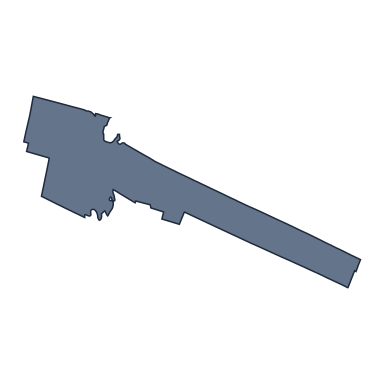 Balaciu, Ialomita, Romania, rotated 89°
{"feature_id": "2599482B99683326218446", "entity_name": "Balaciu", "entity_type": "district", "adm_level": 2, "iso_a3": "ROU", "parent_name": "Romania", "parent_adm1": "Ialomita", "projection": "robinson", "projection_center": [26.903, 44.669], "detail": "fine", "context": "isolated", "style": "filled", "palette": "slate", "viewbox_px": 384, "rotation_deg": 89, "n_neighbors": 0, "source": "geoboundaries", "source_scale": "gbopen_adm2", "svg_char_len": 5447}
<svg xmlns="http://www.w3.org/2000/svg" viewBox="0 0 384 384"><g transform="rotate(89 192 192)"><path d="M112.6,352.9L129.4,357.1L129.8,357.2L138.9,359.3L140.3,354.6L148.2,356.6L148.6,356.7L155.5,334.3L155.6,334.2L157.8,334.6L165.1,336.2L172.8,337.9L179.8,339.5L181.3,339.8L193.7,342.6L195.2,339.6L196.8,336.6L201.8,327.0L206.8,317.3L207.1,316.6L207.2,316.4L207.3,316.1L207.5,315.9L209.0,312.9L210.5,310.0L210.6,309.8L212.6,305.7L214.8,301.4L215.1,300.8L215.6,299.7L214.7,299.7L213.8,299.8L212.9,299.4L212.8,299.2L212.7,299.0L212.8,298.7L213.0,298.3L213.2,297.9L213.4,297.5L213.4,297.4L213.5,297.2L213.9,296.3L214.2,295.5L214.2,294.9L214.1,294.2L213.6,293.7L213.0,293.5L212.7,293.5L212.4,293.6L211.7,293.5L210.9,293.7L209.6,293.7L208.5,293.3L207.8,292.4L207.6,291.6L207.6,290.8L207.8,290.1L208.3,289.5L209.0,288.9L209.3,288.6L209.5,288.4L210.2,288.0L210.9,287.6L212.8,287.0L213.5,286.8L214.1,286.8L214.8,286.7L215.4,286.7L215.7,286.6L216.0,286.6L216.3,286.5L216.5,286.4L216.9,286.2L217.2,286.1L217.5,285.9L217.9,285.8L218.1,285.7L218.5,285.3L218.6,284.9L218.4,284.4L218.2,284.2L217.7,283.7L217.1,283.4L216.4,283.1L215.6,282.9L215.2,282.8L214.9,282.8L213.2,282.8L212.2,282.9L209.4,279.7L209.4,279.4L212.9,277.8L213.7,277.3L214.4,276.7L214.2,276.5L210.7,274.5L210.0,274.0L209.4,273.5L208.8,273.3L208.1,272.7L207.8,272.5L207.5,272.3L207.0,272.0L206.4,271.7L206.0,271.6L205.0,271.3L204.4,271.2L203.3,271.0L203.0,271.0L202.4,270.9L201.8,270.9L201.4,270.9L200.9,271.0L200.5,271.0L200.2,271.2L199.9,271.4L199.6,271.8L199.4,272.2L199.3,273.1L199.2,273.4L199.1,273.8L199.0,274.2L198.8,274.4L198.5,274.7L198.2,274.8L197.7,274.8L197.2,274.6L196.9,274.5L196.6,274.3L196.4,274.2L196.0,273.9L195.8,273.8L195.8,273.7L195.7,273.5L195.7,273.3L195.8,273.1L196.2,272.8L196.4,272.6L196.5,272.6L197.3,272.4L197.8,272.3L198.2,272.1L198.7,271.8L198.9,271.6L199.1,271.3L199.2,271.0L199.3,270.7L199.4,270.2L199.5,269.9L199.5,269.7L199.4,269.5L199.3,269.4L198.8,269.3L198.3,269.3L197.6,269.4L196.5,269.6L195.1,269.8L193.7,270.1L192.5,270.6L191.0,271.0L190.4,271.2L189.9,271.1L188.2,270.7L190.1,267.6L191.1,265.9L191.3,265.8L201.5,249.6L201.8,249.0L201.8,248.9L201.6,248.9L200.0,248.3L200.7,246.1L202.8,238.6L204.0,234.1L204.7,233.9L205.3,233.7L206.2,233.6L207.2,233.4L211.5,220.7L218.5,222.6L224.1,205.2L211.9,200.0L220.0,183.5L231.3,160.4L242.6,137.2L245.0,132.3L245.4,131.3L248.4,124.9L255.6,109.8L259.2,102.2L259.9,100.5L260.3,99.9L261.2,97.8L262.7,94.6L277.6,63.4L277.9,62.8L279.8,59.2L285.9,46.7L287.0,44.4L290.4,37.9L290.3,37.7L288.1,36.8L282.3,34.4L273.6,30.8L274.4,29.4L267.6,26.8L263.8,25.2L262.5,24.7L261.9,26.0L260.2,29.4L258.9,31.9L258.6,32.6L258.5,32.9L258.0,33.9L257.6,34.6L257.4,35.0L257.1,35.4L256.1,37.5L255.5,38.6L254.7,40.1L254.1,41.3L253.7,42.0L253.4,42.6L253.0,43.5L252.2,45.0L251.8,45.7L251.5,46.4L251.1,47.1L250.8,48.0L250.4,48.7L250.1,49.3L249.9,49.7L249.6,50.2L249.5,50.4L249.4,50.7L249.1,51.1L249.0,51.3L248.9,51.5L248.6,52.3L248.3,52.8L248.0,53.3L247.8,53.6L247.4,54.3L247.3,54.5L247.2,54.9L246.2,56.9L243.4,62.4L243.2,62.7L241.7,65.5L238.4,71.9L237.1,74.5L235.6,77.4L233.3,82.2L232.1,84.7L230.4,88.0L229.6,89.7L229.5,89.8L229.2,90.4L228.0,92.7L227.5,93.8L226.8,95.3L226.0,96.7L225.9,97.0L222.3,104.5L218.9,111.5L215.3,118.8L211.9,125.8L209.3,131.3L208.5,133.1L208.4,133.4L208.2,133.8L207.5,135.3L201.7,147.1L200.9,148.5L197.7,155.1L195.7,159.0L192.0,166.4L189.4,171.7L187.6,175.2L184.5,181.5L183.2,184.1L182.4,185.6L181.1,188.4L179.0,192.5L173.8,203.0L171.6,207.4L171.5,207.5L168.0,214.4L164.6,221.1L164.1,221.9L160.9,228.3L157.4,233.7L155.9,236.2L154.7,238.3L150.7,245.1L149.7,246.6L149.4,247.2L147.1,251.1L143.7,256.7L143.1,257.7L142.9,258.1L142.6,258.1L142.4,258.1L142.2,258.3L142.0,258.5L141.8,258.9L141.7,259.9L141.7,260.5L141.9,261.2L142.1,261.5L142.4,261.8L142.7,262.2L142.9,262.7L143.0,263.0L142.9,263.6L142.8,264.0L142.5,264.4L142.3,264.6L141.7,265.1L141.0,265.6L140.5,265.9L140.4,265.9L140.2,265.9L139.8,265.7L139.6,265.2L139.4,264.7L139.1,264.3L138.9,264.0L138.7,263.8L138.6,263.7L138.0,263.3L137.5,263.2L137.2,263.1L136.8,263.1L136.6,263.2L136.3,263.2L135.0,263.5L134.3,263.5L133.1,263.5L133.1,265.3L133.5,265.5L134.2,265.6L135.0,265.8L135.7,266.2L136.0,266.5L136.7,267.1L137.0,267.5L137.9,268.3L138.7,268.8L139.1,269.1L139.5,269.4L139.9,269.8L140.3,270.3L140.7,270.8L141.1,271.6L141.3,271.9L141.3,272.3L141.3,272.6L141.2,273.4L141.2,273.8L141.0,274.4L140.8,275.3L140.5,276.1L140.2,277.0L139.9,277.6L139.7,278.0L139.3,278.6L139.0,278.9L138.6,279.2L138.5,279.3L132.6,279.3L132.6,279.6L130.9,279.9L130.7,280.0L130.4,280.0L128.6,279.5L126.7,279.0L125.5,278.7L124.9,278.6L124.4,277.4L124.0,276.5L123.8,276.1L123.4,275.9L123.0,275.8L122.2,275.5L121.4,275.3L120.6,275.0L120.3,274.8L119.2,274.3L118.1,273.8L117.5,273.5L116.9,273.2L116.6,273.0L116.4,272.7L116.4,273.0L115.8,274.8L114.2,279.6L113.8,281.2L113.4,282.1L113.1,282.9L112.1,285.4L112.1,285.7L112.1,286.0L112.1,286.4L111.9,287.0L112.5,287.3L113.0,287.3L113.9,287.1L114.3,287.1L114.4,287.4L114.5,287.6L113.8,288.1L112.8,288.9L112.0,289.6L110.8,291.0L110.1,291.7L109.9,292.4L109.8,292.6L109.5,293.4L109.4,293.9L109.2,294.4L109.2,294.5L109.2,294.9L109.2,295.1L109.2,295.4L109.1,295.7L109.1,295.9L109.1,296.1L108.6,297.1L108.3,297.6L108.2,297.8L108.1,298.1L107.8,298.9L107.4,300.3L106.8,302.4L106.4,303.7L104.7,309.9L102.9,316.1L101.2,322.0L99.2,329.0L95.7,341.4L93.6,349.0L103.9,351.1L104.0,351.1L104.5,351.2L112.6,352.9Z" fill="#64748b" stroke="#1e293b" stroke-width="1.5"/></g></svg>